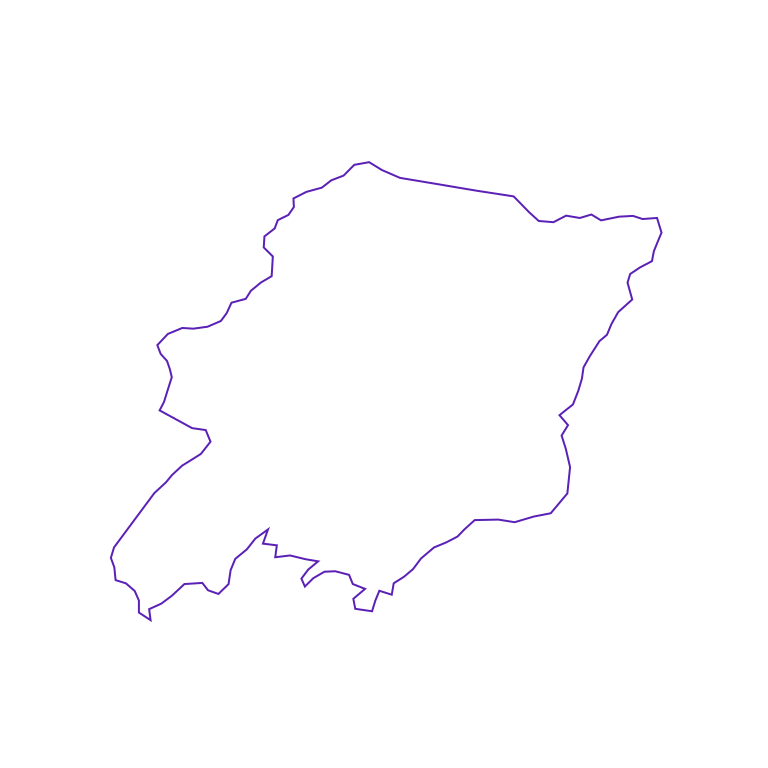 outline of São Bernardino, Santa Catarina, Brazil, rotated 79°
{"feature_id": "56859067B58324669548024", "entity_name": "São Bernardino", "entity_type": "district", "adm_level": 2, "iso_a3": "BRA", "parent_name": "Brazil", "parent_adm1": "Santa Catarina", "projection": "equal_earth", "projection_center": [-52.979, -26.487], "detail": "fine", "context": "isolated", "style": "outline", "palette": "violet", "viewbox_px": 768, "rotation_deg": 79, "n_neighbors": 0, "source": "geoboundaries", "source_scale": "gbopen_adm2", "svg_char_len": 1827}
<svg xmlns="http://www.w3.org/2000/svg" viewBox="0 0 768 768"><g transform="rotate(79 384 384)"><path d="M294.1,546.2L293.3,560.6L290.5,571.3L293.6,586.6L302.6,599.1L311.8,597.5L320.0,592.6L328.5,591.4L336.8,591.0L348.7,597.5L359.5,603.3L367.1,609.3L390.7,580.8L395.2,567.8L407.5,565.3L417.7,577.1L425.7,597.9L432.8,609.3L439.0,616.9L447.2,630.2L492.9,680.2L502.6,685.3L512.5,683.7L525.3,684.9L530.4,675.4L539.6,668.2L549.8,665.9L561.6,668.2L571.3,658.2L560.2,657.5L557.1,644.5L551.3,632.5L542.3,618.1L544.6,600.3L552.9,596.1L558.5,586.6L550.8,574.8L537.5,570.1L527.3,563.4L520.0,550.0L511.2,539.8L504.6,525.6L517.6,533.3L521.9,520.0L533.3,523.8L534.4,508.9L541.0,494.5L545.5,482.5L551.7,493.8L559.3,502.2L567.7,500.3L561.1,490.4L556.9,478.3L558.5,467.6L564.7,454.7L574.4,452.8L581.5,441.7L589.0,455.1L599.2,455.1L604.8,439.1L594.9,433.8L586.1,428.0L592.3,416.6L581.5,412.5L577.0,401.1L571.3,390.9L562.3,380.9L554.0,366.1L551.4,353.3L547.8,341.0L542.0,332.7L534.9,320.9L537.0,308.8L538.9,297.7L544.6,282.1L542.7,262.4L542.7,245.0L526.4,224.9L501.1,217.2L482.4,217.9L468.5,219.5L459.5,211.2L448.1,217.7L440.1,202.4L427.6,194.5L416.5,188.7L405.8,185.0L395.9,176.6L383.0,164.3L378.2,155.7L368.8,149.5L358.1,140.4L348.4,124.2L339.9,124.9L331.0,125.6L323.0,121.4L318.5,110.7L314.5,97.5L305.2,93.8L296.3,88.0L288.4,82.7L273.1,84.3L271.4,98.7L266.5,107.5L264.6,121.4L264.8,139.7L257.2,148.1L258.4,160.1L253.5,173.1L257.5,186.8L253.5,201.0L242.9,208.9L224.6,220.9L212.3,255.2L184.7,329.0L173.6,345.2L163.4,356.3L163.2,371.4L171.7,383.9L174.0,396.9L179.4,407.6L180.6,423.6L184.6,437.5L193.1,438.7L199.8,445.6L202.9,457.0L210.4,461.6L216.3,473.2L227.0,476.0L237.6,468.8L247.8,471.4L256.7,473.7L260.9,485.5L267.1,496.9L274.0,503.4L275.1,518.2L284.4,524.9L291.0,532.1L294.1,546.2Z" fill="none" stroke="#5b21b6" stroke-width="2"/></g></svg>